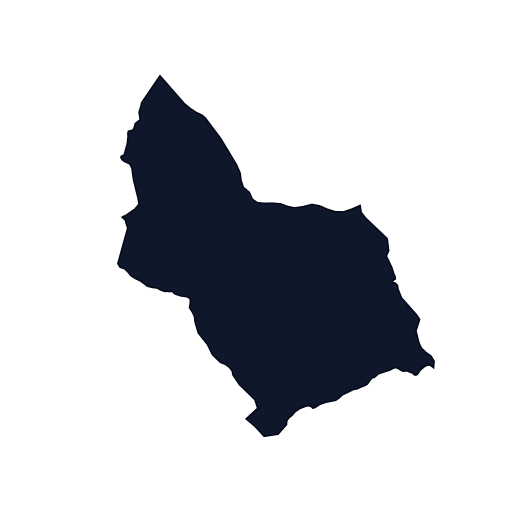 map outline of Dodoma (orthographic projection), rotated 320°
{"feature_id": "TZA-3385", "entity_name": "Dodoma", "entity_type": "Region", "adm_level": 1, "iso_a3": "TZA", "parent_name": "United Republic of Tanzania", "parent_adm1": "", "projection": "orthographic", "projection_center": [35.912, -5.778], "detail": "fine", "context": "isolated", "style": "filled", "palette": "ink", "viewbox_px": 512, "rotation_deg": 320, "n_neighbors": 0, "source": "natural_earth", "source_scale": "10m", "svg_char_len": 2250}
<svg xmlns="http://www.w3.org/2000/svg" viewBox="0 0 512 512"><g transform="rotate(320 256 256)"><path d="M368.3,284.2L364.6,290.3L364.4,297.5L367.7,327.1L361.0,337.3L355.8,339.8L352.7,352.1L350.1,358.3L349.4,361.0L347.9,363.2L346.2,363.0L344.4,362.5L344.0,364.5L345.4,366.5L345.5,369.6L343.6,372.3L340.6,381.7L341.2,404.2L340.6,409.8L330.4,416.2L325.0,427.3L323.5,433.0L324.2,439.1L325.8,445.2L324.8,451.1L320.2,455.8L319.6,452.8L318.8,451.0L316.7,449.6L313.7,449.0L307.9,449.1L304.6,450.2L302.9,450.4L301.4,449.6L300.9,448.6L300.6,446.1L300.1,445.2L299.4,444.2L298.0,441.3L297.0,440.4L295.1,439.2L294.5,438.7L293.4,436.1L292.5,433.3L291.0,431.0L288.1,430.0L285.7,429.6L274.5,425.1L272.8,424.9L270.1,425.1L268.7,425.0L267.7,424.5L265.9,424.0L258.7,425.7L256.1,425.2L251.1,423.5L249.0,423.1L247.1,422.3L244.9,420.9L243.6,420.6L232.7,417.9L228.7,418.2L224.3,417.8L215.4,412.9L209.4,410.7L203.4,410.0L201.6,409.0L201.6,407.0L200.1,404.5L197.3,403.0L191.4,401.0L185.5,400.5L181.3,401.2L177.1,401.2L173.5,402.1L171.0,404.8L158.4,406.7L146.3,399.4L145.7,386.1L143.7,374.4L159.4,373.7L162.8,365.3L160.6,343.8L161.8,332.5L163.9,328.5L164.0,324.0L162.8,319.1L160.3,314.6L159.2,303.7L161.9,292.5L162.3,277.9L166.8,267.5L170.0,262.7L171.2,257.9L171.8,252.9L175.7,249.5L178.2,246.3L176.8,242.7L172.7,238.2L169.5,233.0L169.2,230.6L168.7,228.5L167.5,228.2L166.6,227.5L165.3,225.9L163.4,224.7L161.2,221.0L159.7,217.1L156.3,213.4L153.4,209.3L151.4,200.7L149.1,195.8L147.5,190.7L147.6,186.1L147.2,181.4L144.6,177.2L145.3,173.0L175.8,152.0L176.9,148.8L178.9,144.6L178.4,140.2L180.1,140.4L181.6,141.1L193.1,142.2L199.6,141.1L202.4,136.6L211.0,119.1L217.3,109.1L218.5,104.3L216.3,99.8L215.6,97.8L215.3,95.7L215.9,93.5L217.0,92.9L219.8,93.9L229.6,87.2L235.0,82.0L236.4,79.9L238.4,78.4L240.5,79.3L242.7,80.5L245.7,79.0L248.7,76.9L254.9,77.1L258.8,70.7L260.2,69.7L263.3,67.8L267.0,65.0L298.3,56.2L299.1,93.4L300.4,100.4L302.4,107.3L305.3,113.7L305.9,117.8L304.5,143.3L299.8,173.4L297.2,182.2L293.2,188.4L290.5,195.1L291.8,203.1L289.7,210.1L291.3,215.9L296.1,220.9L302.6,226.1L308.4,231.9L312.0,238.2L316.4,243.9L324.0,248.6L332.0,252.4L337.0,258.5L340.6,265.8L345.1,272.9L351.3,278.4L359.7,281.7L368.3,284.2Z" fill="#0f172a" stroke="#020617" stroke-width="1.5"/></g></svg>